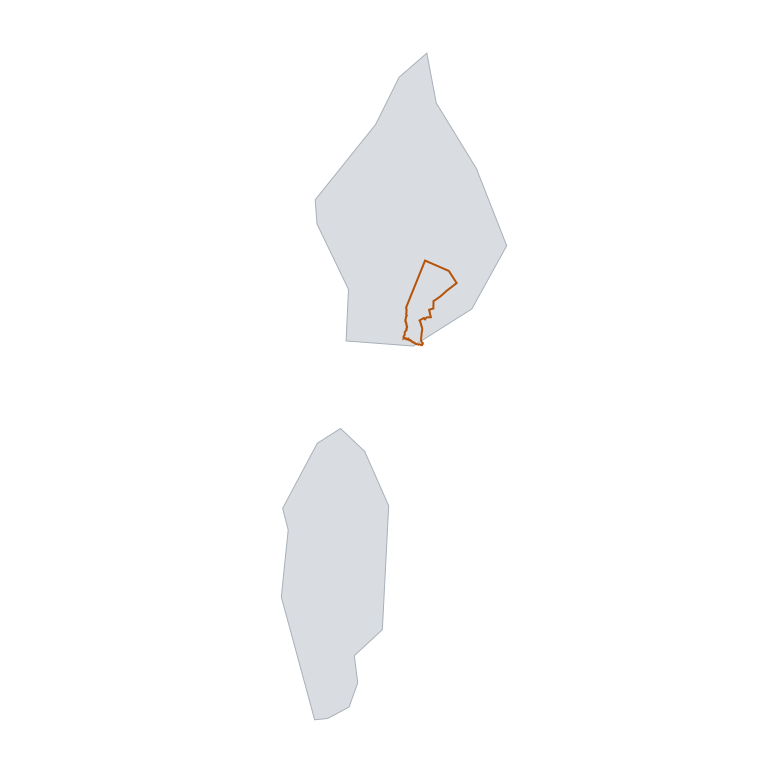 Faasaleleaga II, Fa'asaleleaga, Samoa shown in context, rotated 75°
{"feature_id": "51752279B41947218323139", "entity_name": "Faasaleleaga II", "entity_type": "district", "adm_level": 2, "iso_a3": "WSM", "parent_name": "Samoa", "parent_adm1": "Fa'asaleleaga", "projection": "robinson", "projection_center": [-172.209, -13.636], "detail": "fine", "context": "in_parent", "style": "outline", "palette": "amber", "viewbox_px": 768, "rotation_deg": 75, "n_neighbors": 0, "source": "geoboundaries", "source_scale": "gbopen_adm2", "svg_char_len": 3214}
<svg xmlns="http://www.w3.org/2000/svg" viewBox="0 0 768 768"><g transform="rotate(75 384 384)"><path d="M282.2,229.7L334.2,279.7L354.9,346.0L332.6,409.5L283.4,393.8L212.1,407.3L188.3,402.8L131.1,324.9L91.5,289.9L75.5,257.0L126.1,260.8L199.8,239.0L282.2,229.7ZM690.4,537.9L563.1,538.3L500.2,514.3L477.9,514.1L424.0,463.8L415.7,437.5L444.1,420.1L502.9,411.0L620.9,449.2L638.7,483.0L665.9,486.7L687.0,501.4L692.5,525.1L690.4,537.9Z" fill="#d9dde1" stroke="#a8b0b8" stroke-width="1"/><path d="M344.6,353.2L344.6,352.9L344.6,352.7L344.8,352.4L344.8,352.9L344.9,353.1L345.1,353.2L345.0,352.9L345.0,352.7L345.3,352.4L345.4,352.2L345.4,351.8L345.6,351.5L345.7,351.4L345.6,351.2L345.8,351.1L345.7,351.0L345.3,351.2L345.6,350.9L345.8,350.9L346.1,351.0L346.3,350.7L346.5,350.7L346.5,350.0L346.8,350.3L347.0,350.0L347.0,349.8L347.2,349.4L347.2,349.0L347.2,348.9L347.1,348.7L347.2,348.4L347.3,348.2L347.6,348.0L347.8,348.3L348.1,348.3L348.1,348.2L348.3,348.0L348.3,347.7L348.5,347.3L348.6,347.2L349.1,346.9L349.2,346.6L349.4,346.3L349.6,346.3L349.7,346.5L349.8,346.4L349.8,346.2L350.1,346.1L350.4,346.0L350.6,345.9L350.8,345.8L351.0,345.6L351.2,345.3L351.2,345.1L351.3,344.7L351.5,344.4L351.8,344.4L352.0,344.3L352.1,344.0L352.3,343.9L352.4,343.7L352.6,343.6L352.8,343.5L353.1,343.3L353.2,343.1L353.3,343.0L353.5,342.7L353.7,342.8L353.8,342.7L353.7,342.5L354.0,342.2L354.1,341.9L354.1,341.7L354.4,341.1L354.5,340.9L354.9,340.6L354.8,340.3L354.8,339.7L354.9,339.4L355.0,339.1L355.2,338.9L355.3,338.5L355.5,338.3L355.8,338.3L356.1,338.1L356.1,337.9L356.2,337.4L356.2,337.1L355.7,336.6L355.5,336.3L354.9,336.0L354.4,336.0L354.3,336.3L354.2,336.4L353.1,336.8L352.6,336.8L351.2,336.9L350.3,336.6L347.6,335.6L346.5,335.1L345.5,334.8L343.8,334.2L343.3,333.8L341.7,333.1L339.7,332.7L337.3,332.8L337.1,332.7L336.8,332.9L336.6,332.9L335.5,332.7L335.2,332.7L334.9,332.7L334.3,333.0L333.8,333.0L333.2,332.8L332.8,332.9L331.8,333.2L331.7,332.7L331.4,331.8L331.2,331.0L331.1,330.4L330.7,328.8L330.6,328.4L331.2,328.2L331.4,328.0L331.8,327.9L332.2,327.6L331.4,326.8L330.9,325.9L330.8,325.0L331.6,321.5L324.0,321.2L323.9,319.2L323.9,316.8L316.7,314.7L315.8,311.8L314.0,306.9L310.3,299.6L305.3,287.7L291.6,292.1L278.6,308.4L275.4,312.4L315.8,342.8L316.1,342.9L316.6,342.9L316.8,342.8L317.1,342.8L317.5,343.1L318.2,343.1L318.4,343.0L318.7,343.1L318.9,343.3L319.1,343.3L319.4,343.5L319.7,343.6L320.2,343.6L320.5,343.7L320.8,343.9L321.2,344.0L321.6,344.1L322.0,344.4L322.5,344.6L322.8,344.6L323.1,344.3L323.4,344.2L323.7,344.4L323.9,344.6L324.1,344.6L324.3,344.7L324.5,344.8L324.8,345.1L324.9,345.4L325.1,345.6L325.4,345.6L326.2,345.8L326.5,346.0L326.8,346.2L327.1,346.5L327.6,346.8L327.8,346.7L328.0,346.6L328.6,347.0L328.8,347.1L329.2,347.1L329.4,347.1L330.1,346.7L330.5,347.0L330.9,346.9L331.0,346.8L331.3,346.7L332.1,346.9L332.6,346.9L333.1,347.2L333.3,347.2L333.5,346.9L334.7,346.8L335.1,347.1L335.6,347.2L336.0,348.0L336.5,348.0L337.0,348.1L337.5,348.1L337.8,348.3L337.8,348.7L337.9,348.8L338.3,349.1L338.6,349.6L338.9,350.0L339.1,350.4L339.3,350.5L339.9,350.7L340.4,350.9L340.9,351.1L341.6,351.2L341.8,351.3L342.2,351.5L342.7,352.3L342.9,352.6L343.1,352.7L343.9,353.1L344.6,353.2Z" fill="none" stroke="#b45309" stroke-width="2"/></g></svg>